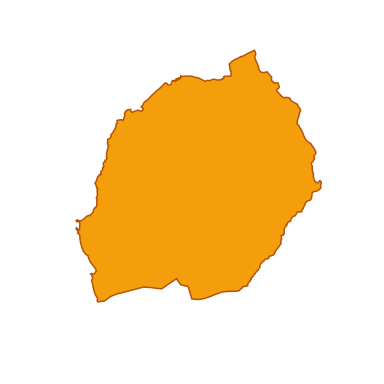 the district of Ningi, Bauchi, Nigeria, rotated 333°
{"feature_id": "59680162B85522063023223", "entity_name": "Ningi", "entity_type": "district", "adm_level": 2, "iso_a3": "NGA", "parent_name": "Nigeria", "parent_adm1": "Bauchi", "projection": "robinson", "projection_center": [9.239, 11.022], "detail": "fine", "context": "isolated", "style": "filled", "palette": "amber", "viewbox_px": 384, "rotation_deg": 333, "n_neighbors": 0, "source": "geoboundaries", "source_scale": "gbopen_adm2", "svg_char_len": 6005}
<svg xmlns="http://www.w3.org/2000/svg" viewBox="0 0 384 384"><g transform="rotate(333 192 192)"><path d="M190.2,90.3L188.4,91.5L187.8,92.3L185.6,92.8L185.3,93.1L186.5,95.5L186.2,95.7L186.4,95.9L186.0,96.3L185.5,96.3L184.3,97.1L182.8,96.4L180.4,94.3L175.0,93.9L174.5,93.7L174.5,92.4L174.2,92.0L174.2,91.4L174.5,91.1L174.8,90.4L171.0,89.5L170.8,90.0L169.4,89.9L169.3,90.4L167.6,91.2L167.2,91.9L167.1,92.9L166.7,93.5L165.7,94.4L164.4,95.8L162.9,96.9L162.1,95.7L160.0,94.8L157.9,94.2L157.4,94.5L157.4,95.2L157.1,96.1L156.5,96.7L155.1,97.1L154.3,98.6L153.2,99.9L152.2,100.4L151.4,101.5L149.4,102.2L148.8,103.0L148.0,103.4L146.2,103.9L145.3,104.8L144.8,105.8L144.1,106.5L143.2,106.9L141.4,106.7L140.8,106.8L138.5,110.8L138.6,111.8L138.3,112.7L138.7,113.3L137.4,114.1L137.1,114.8L136.6,115.4L135.9,115.6L135.3,117.1L134.0,117.8L133.8,118.4L133.1,119.2L132.9,120.6L132.4,121.4L131.7,121.6L131.7,123.4L130.0,124.3L129.1,124.2L128.7,124.4L128.4,125.6L128.1,125.7L127.1,125.4L126.5,125.7L125.4,127.3L125.1,128.0L125.2,128.6L124.3,129.7L123.8,129.7L123.2,130.0L123.2,130.6L122.2,131.8L120.5,132.2L120.0,132.5L119.3,134.1L119.0,134.2L119.1,135.1L118.4,135.3L118.0,135.2L118.1,134.8L117.9,134.5L116.7,134.9L116.4,135.4L115.9,135.6L115.4,135.3L113.9,136.4L113.2,137.4L111.2,139.2L110.8,139.3L109.5,140.1L109.8,141.9L109.3,142.6L109.6,143.4L108.9,145.0L109.2,145.6L108.9,146.1L109.4,146.4L108.3,147.7L107.9,147.9L107.8,148.2L108.0,148.4L107.4,149.1L107.2,150.4L106.8,150.6L106.5,151.5L105.1,153.1L104.2,153.7L103.9,154.2L104.1,154.8L104.0,155.5L103.6,155.7L103.2,156.5L103.2,157.2L101.9,158.9L101.7,160.3L101.0,160.6L99.2,162.4L98.8,162.4L98.5,161.9L96.7,162.7L94.5,165.2L90.7,166.6L90.7,166.3L87.6,165.8L81.5,167.4L80.9,167.2L79.5,167.1L78.9,166.5L78.4,166.3L77.4,165.0L76.8,164.7L75.8,164.8L75.7,166.0L77.1,166.6L77.7,167.0L78.0,168.8L75.5,173.0L74.9,174.6L73.8,174.6L72.9,171.5L72.1,171.8L72.6,176.5L71.4,176.7L71.9,178.0L72.4,178.9L71.9,180.9L70.9,182.7L69.6,187.0L68.5,193.0L68.3,195.6L69.2,199.6L70.4,201.5L69.8,204.3L69.6,208.1L70.4,211.8L71.2,217.0L70.9,218.8L67.6,220.6L66.4,220.1L65.6,218.9L64.5,219.0L64.8,220.8L64.6,222.9L64.0,224.0L63.2,224.7L62.4,225.1L61.3,230.4L60.7,231.6L59.5,237.7L59.3,240.9L59.6,244.0L59.2,244.8L58.7,245.1L58.2,245.7L58.1,246.5L58.3,247.2L64.3,249.3L72.6,248.2L78.3,248.7L102.9,254.1L105.5,254.6L112.2,258.6L120.4,264.2L121.4,264.4L123.3,264.3L128.9,263.4L139.1,262.2L138.9,263.4L139.9,269.6L145.7,274.6L143.3,287.2L148.3,290.4L153.1,292.2L159.8,293.3L165.0,293.7L173.0,294.7L178.3,296.6L187.7,301.0L189.5,301.3L190.2,300.9L193.0,300.3L194.0,299.4L194.8,299.8L195.2,299.6L196.0,299.8L196.5,300.3L197.6,300.7L197.9,300.7L198.4,300.3L199.1,300.8L200.0,299.1L201.3,298.6L202.4,297.9L202.8,297.8L203.2,297.9L203.8,297.6L204.5,296.5L204.8,296.3L205.0,296.5L206.1,295.4L206.9,295.1L207.3,295.3L208.0,295.0L210.2,293.6L210.9,293.5L212.7,292.4L213.6,292.4L214.1,291.9L215.4,291.7L216.1,290.8L216.9,290.6L218.4,289.8L218.9,288.5L220.6,287.2L222.4,286.6L223.1,286.1L224.8,286.1L225.3,285.6L226.9,285.1L227.3,285.1L227.7,285.4L228.2,285.4L229.6,286.0L229.9,285.6L230.5,285.2L231.3,285.2L231.7,284.5L232.1,284.3L233.2,284.8L235.0,284.7L235.5,285.1L237.3,284.6L237.6,284.2L239.8,282.4L244.3,280.4L245.9,279.3L246.9,279.0L247.7,278.5L248.2,278.0L248.3,277.3L248.8,276.3L249.2,275.8L249.2,275.4L249.4,275.0L250.3,274.7L251.1,273.5L251.2,272.3L251.4,271.7L252.6,271.4L253.8,271.9L254.3,271.2L254.9,271.2L255.4,270.9L255.6,270.6L255.6,270.0L256.8,268.0L256.7,267.5L256.8,267.2L258.9,265.6L259.7,265.5L261.4,264.5L261.2,264.1L261.3,263.7L262.2,263.8L263.0,263.1L263.6,262.8L263.9,262.4L264.4,262.3L265.5,262.4L265.7,262.8L266.2,262.8L267.0,262.3L267.3,261.5L268.1,261.0L270.9,259.7L273.3,259.9L275.3,258.8L276.3,257.8L276.8,257.6L277.6,257.8L279.7,259.2L280.9,259.3L282.0,257.7L282.8,257.6L283.7,257.2L284.2,256.6L284.2,256.2L285.5,255.6L286.7,254.5L287.4,254.2L288.1,253.3L288.8,252.8L292.0,252.5L292.7,252.8L293.8,252.9L295.4,252.0L297.5,249.2L298.4,247.7L299.3,247.2L300.4,246.9L303.5,247.8L305.6,247.7L308.3,247.1L309.3,245.6L309.6,244.5L311.5,242.3L311.5,240.6L311.0,239.9L310.4,240.0L309.7,240.6L308.3,241.0L307.3,240.3L306.3,237.2L307.2,233.1L307.9,232.2L308.6,230.4L308.7,229.6L308.6,229.1L309.6,226.0L310.7,224.1L311.1,221.2L311.5,220.5L312.2,220.1L314.0,219.6L315.8,218.2L316.4,218.0L316.7,215.6L320.1,213.5L320.4,212.8L320.6,211.8L320.5,208.0L319.9,204.7L319.8,202.7L318.0,199.8L317.2,197.0L317.1,195.6L317.1,193.3L317.6,188.7L317.5,185.0L317.3,183.6L317.4,181.5L316.6,179.2L317.4,177.6L318.0,177.1L318.5,175.7L320.8,173.9L323.7,170.3L325.9,168.5L325.9,166.3L325.5,162.7L325.8,161.9L321.5,155.5L321.9,153.0L319.4,150.7L316.6,149.6L315.3,147.6L315.3,147.3L313.4,140.4L314.2,139.2L316.8,138.8L317.4,138.0L317.5,136.8L317.9,136.2L318.1,133.8L316.2,132.8L314.7,132.5L314.5,130.8L313.9,130.2L313.5,128.5L315.2,125.7L314.2,123.1L314.3,122.5L313.7,120.6L313.7,119.2L310.1,118.1L307.9,116.7L307.6,115.5L307.3,113.5L308.3,109.6L308.7,101.5L309.6,99.8L311.3,98.3L312.0,96.1L311.9,94.0L307.0,93.9L297.1,94.0L297.1,93.5L292.0,93.7L290.9,93.4L287.3,93.7L283.3,94.8L283.2,95.2L283.0,95.4L283.1,96.5L282.8,97.2L282.2,97.5L282.0,98.5L282.1,100.0L281.5,100.1L281.3,100.7L281.2,101.6L281.5,102.6L281.3,102.7L281.0,103.8L280.4,104.3L280.1,105.1L279.1,106.5L276.8,105.2L273.6,103.7L272.5,103.8L272.6,104.3L272.1,104.5L271.8,105.1L271.3,105.3L270.0,104.7L269.7,105.2L269.2,105.4L264.8,103.4L263.7,102.1L263.3,102.0L262.5,101.4L261.1,101.0L258.1,100.8L256.6,99.6L253.8,99.2L249.8,93.6L245.6,90.2L244.4,88.7L239.8,86.3L236.2,84.7L234.6,83.5L234.2,84.2L234.0,85.3L233.6,85.6L233.1,84.8L232.2,84.2L231.9,84.9L231.9,85.3L231.5,85.6L231.0,84.9L229.9,84.2L230.2,85.4L230.0,85.8L229.6,85.9L229.3,85.6L228.8,84.8L228.3,84.6L227.9,84.6L228.1,85.5L227.9,85.9L227.5,86.0L226.7,84.9L226.2,84.6L225.9,84.7L225.5,84.4L225.4,83.8L225.1,83.7L222.2,86.6L220.4,86.4L219.4,86.0L219.1,85.2L218.9,83.9L218.4,83.1L217.3,82.7L211.2,84.7L200.6,87.4L195.1,89.5L190.2,90.3Z" fill="#f59e0b" stroke="#b45309" stroke-width="1.5"/></g></svg>